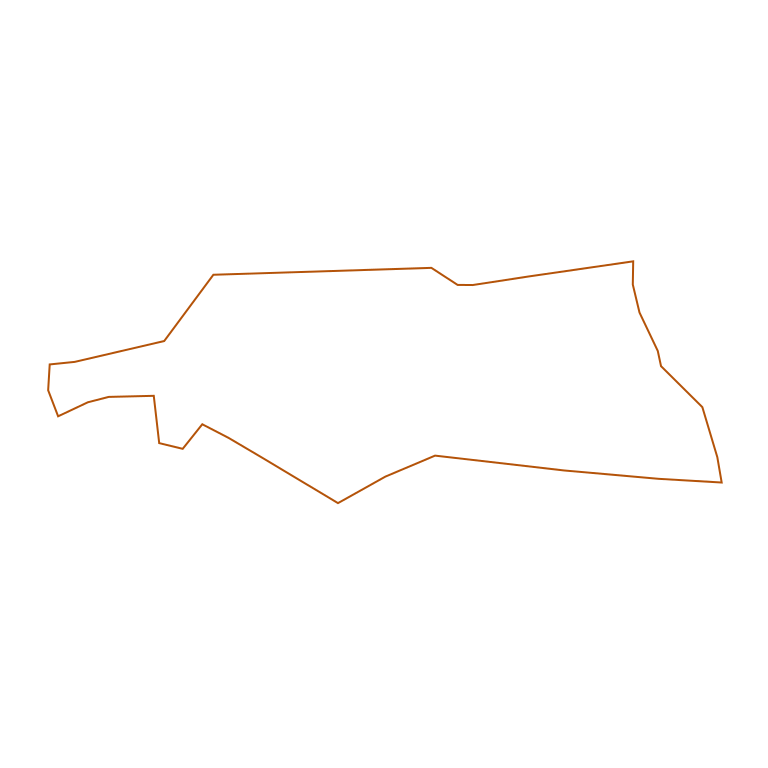 Birni-N'Konni, Tahoua, Niger (Albers equal-area conic projection), rotated 179°
{"feature_id": "23599985B12101722290167", "entity_name": "Birni-N'Konni", "entity_type": "district", "adm_level": 2, "iso_a3": "NER", "parent_name": "Niger", "parent_adm1": "Tahoua", "projection": "albers", "projection_center": [5.016, 13.935], "detail": "fine", "context": "isolated", "style": "outline", "palette": "amber", "viewbox_px": 768, "rotation_deg": 179, "n_neighbors": 0, "source": "geoboundaries", "source_scale": "gbopen_adm2", "svg_char_len": 547}
<svg xmlns="http://www.w3.org/2000/svg" viewBox="0 0 768 768"><g transform="rotate(179 384 384)"><path d="M132.7,502.3L238.2,488.9L293.6,481.4L308.7,481.8L334.6,499.3L552.7,496.2L603.0,430.8L692.9,411.5L717.9,409.4L719.9,383.6L710.4,357.4L680.4,370.9L659.5,375.9L614.4,376.2L609.8,328.8L586.4,322.7L566.4,346.9L540.3,332.8L507.7,312.8L432.1,265.7L384.2,291.4L334.2,311.5L205.4,294.4L111.1,284.4L48.1,279.6L52.0,305.0L66.1,355.3L106.7,397.0L109.7,412.3L127.3,451.0L133.5,479.1L132.7,502.3Z" fill="none" stroke="#b45309" stroke-width="2"/></g></svg>